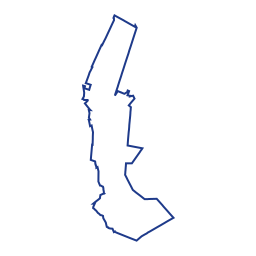 Sierra Mojada, Coahuila, Mexico (Robinson projection)
{"feature_id": "50627088B20309017506244", "entity_name": "Sierra Mojada", "entity_type": "district", "adm_level": 2, "iso_a3": "MEX", "parent_name": "Mexico", "parent_adm1": "Coahuila", "projection": "robinson", "projection_center": [-103.689, 27.586], "detail": "fine", "context": "isolated", "style": "outline", "palette": "blue", "viewbox_px": 256, "rotation_deg": 0, "n_neighbors": 0, "source": "geoboundaries", "source_scale": "gbopen_adm2", "svg_char_len": 4072}
<svg xmlns="http://www.w3.org/2000/svg" viewBox="0 0 256 256"><path d="M156.7,198.8L149.0,199.0L147.9,199.1L146.0,199.1L144.6,199.1L143.9,198.6L143.4,198.2L140.5,195.9L135.6,192.2L134.8,191.5L132.8,189.9L131.3,186.9L129.2,182.9L128.4,181.3L127.5,179.6L126.9,178.3L125.1,174.8L125.3,173.0L125.3,172.5L125.4,171.1L125.5,170.4L125.6,168.8L125.7,167.9L125.7,167.0L125.8,166.7L125.9,164.9L126.0,163.3L131.9,163.3L139.8,152.1L140.7,150.7L141.4,149.8L141.5,149.7L142.4,148.3L127.6,145.5L128.1,138.8L128.7,132.0L129.0,129.5L129.2,127.0L129.3,125.0L129.7,121.0L129.8,119.9L129.8,119.3L129.9,119.0L130.0,117.8L130.2,115.9L130.4,113.0L130.4,112.5L130.5,111.3L130.7,109.6L130.7,108.9L130.8,107.8L130.9,107.2L128.8,105.4L131.4,102.2L131.5,102.1L133.3,100.0L134.5,98.6L133.1,95.7L130.1,96.4L130.3,95.8L128.9,95.6L127.5,95.3L128.4,93.1L129.1,91.1L127.7,90.5L127.1,92.3L126.6,92.5L126.3,92.7L126.1,92.8L125.9,92.9L125.7,93.0L125.4,93.2L125.2,93.4L125.0,93.5L124.8,93.6L124.6,93.7L124.4,93.8L124.1,93.7L123.6,93.5L121.9,92.8L121.5,92.6L121.1,92.5L120.9,92.3L120.7,92.3L120.6,92.2L119.6,91.9L119.0,91.6L117.8,91.1L116.7,92.8L115.6,94.5L114.9,95.6L115.2,94.4L117.3,88.0L117.9,86.3L117.9,86.1L119.6,80.7L119.9,79.8L121.0,76.5L122.0,73.2L123.2,69.6L125.0,63.9L126.4,59.6L126.6,59.0L127.2,57.2L127.7,55.7L128.5,53.3L129.3,50.5L129.7,49.3L130.6,46.6L134.0,36.0L136.7,27.7L135.3,25.3L134.9,26.8L129.4,23.7L125.9,21.7L124.8,21.1L124.3,20.8L123.7,20.4L114.5,15.4L114.0,16.5L113.5,17.9L113.9,18.1L114.0,20.2L112.0,24.4L109.1,30.7L108.8,31.3L106.8,35.6L105.5,38.4L105.4,38.6L104.2,40.9L102.1,45.2L101.6,44.9L99.4,49.7L99.3,49.9L99.0,50.6L98.9,50.8L98.6,51.5L95.6,58.2L95.4,58.6L94.7,60.1L92.4,65.3L91.7,66.8L92.2,67.1L92.4,67.2L91.5,68.8L90.9,70.1L90.2,71.4L89.8,72.1L89.5,72.8L88.7,75.3L87.2,79.4L85.8,83.2L86.7,83.4L86.9,83.5L90.7,84.8L90.0,87.0L89.9,87.3L89.2,89.8L84.5,88.3L84.3,88.2L84.6,87.5L85.0,86.2L84.5,86.0L84.0,85.9L83.6,85.7L83.1,85.6L83.3,87.1L83.5,88.2L84.2,92.7L83.9,96.5L82.5,99.0L82.8,99.1L83.1,99.2L83.7,99.5L83.8,99.5L84.1,100.0L88.4,100.0L88.2,100.1L86.4,102.0L84.9,103.4L89.7,109.4L90.4,110.1L88.8,110.0L89.5,113.2L88.9,117.7L90.1,119.6L88.7,119.8L88.9,120.3L90.1,126.2L91.6,125.5L92.4,129.6L93.0,132.2L92.9,134.2L92.8,136.9L92.8,137.9L92.8,138.9L92.6,144.4L92.6,144.9L92.4,144.9L92.1,144.8L91.7,149.4L91.0,157.4L90.8,159.9L93.6,160.9L95.1,161.4L95.2,161.7L95.2,161.9L95.2,162.2L95.3,162.6L95.3,162.8L95.3,163.0L95.4,163.4L95.3,163.6L95.3,163.9L95.4,164.0L95.5,164.1L95.6,164.4L95.6,164.5L95.7,164.8L95.8,164.9L95.8,165.1L95.8,165.3L95.8,165.5L96.0,165.7L96.0,165.8L96.1,166.1L96.2,166.5L96.3,167.0L96.4,167.3L96.4,167.8L96.6,167.7L97.5,167.1L98.5,171.3L98.4,181.6L98.9,182.7L99.1,183.3L100.0,185.5L100.3,185.5L100.8,185.6L101.0,185.7L101.2,185.8L101.3,185.9L101.5,186.0L101.8,186.2L102.0,186.3L102.3,186.4L102.6,186.5L102.8,186.6L102.9,186.8L103.0,186.8L103.1,187.0L103.2,187.5L103.3,187.7L103.3,187.8L103.3,188.0L103.4,188.5L103.4,188.8L103.4,189.0L103.4,189.5L103.5,189.9L103.5,190.1L103.6,190.3L103.6,190.5L103.7,191.0L103.8,191.3L103.8,191.5L103.8,191.8L103.8,192.1L103.9,192.9L103.9,193.0L104.0,193.1L104.1,193.3L104.3,193.5L104.1,193.6L103.9,193.4L103.7,193.5L103.3,193.7L103.1,193.8L101.5,194.5L101.4,194.6L100.4,195.0L99.9,198.2L99.9,198.3L98.6,199.4L96.9,200.7L95.1,202.1L93.2,203.7L93.3,203.7L94.8,203.5L93.2,207.1L93.2,208.2L93.7,208.5L94.1,208.7L95.3,210.0L95.6,210.2L95.9,210.4L96.1,210.6L96.9,211.6L97.9,212.9L99.4,214.0L99.9,214.6L100.4,215.1L101.3,215.2L102.2,215.5L102.4,215.6L103.0,215.9L103.3,218.2L105.7,222.4L105.8,222.6L106.4,225.3L106.5,225.5L106.5,225.8L106.6,226.0L106.8,226.9L108.2,227.4L108.2,227.5L108.4,228.0L110.1,228.5L111.5,228.6L112.5,228.7L113.9,232.1L114.6,231.7L114.6,231.8L115.6,232.2L117.4,233.0L129.4,237.8L136.6,240.6L141.6,236.3L144.7,234.5L146.6,233.5L146.9,233.3L147.9,232.5L149.8,231.5L157.2,227.2L161.6,224.7L162.2,224.3L163.1,223.8L165.3,222.5L165.6,222.3L167.5,221.2L169.8,219.9L173.5,217.8L169.8,213.7L167.9,211.5L166.3,209.7L163.9,207.0L163.2,206.2L162.6,205.4L156.7,198.8Z" fill="none" stroke="#1e3a8a" stroke-width="2"/></svg>